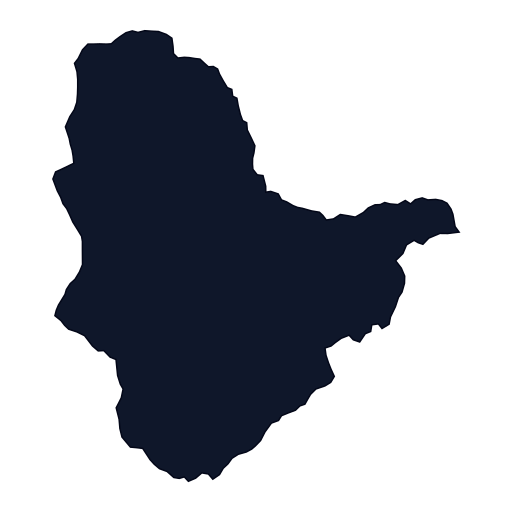 Pugmil, Tocantins, Brazil
{"feature_id": "56859067B46523842335480", "entity_name": "Pugmil", "entity_type": "district", "adm_level": 2, "iso_a3": "BRA", "parent_name": "Brazil", "parent_adm1": "Tocantins", "projection": "natural_earth1", "projection_center": [-48.87, -10.421], "detail": "fine", "context": "isolated", "style": "filled", "palette": "ink", "viewbox_px": 512, "rotation_deg": 0, "n_neighbors": 0, "source": "geoboundaries", "source_scale": "gbopen_adm2", "svg_char_len": 2565}
<svg xmlns="http://www.w3.org/2000/svg" viewBox="0 0 512 512"><path d="M330.7,382.4L334.3,376.4L331.0,369.2L328.5,362.9L326.0,355.3L325.0,348.0L331.1,346.0L335.1,342.7L341.2,338.3L349.1,335.2L353.3,339.8L359.7,342.0L365.3,333.7L370.7,331.5L371.8,324.8L378.4,323.9L382.0,328.5L389.1,324.2L390.5,316.9L395.4,306.7L398.5,297.3L402.0,292.1L404.5,283.3L404.7,276.1L401.3,268.1L395.6,260.7L402.9,253.5L406.5,244.9L414.1,240.3L418.2,242.7L422.9,244.3L428.8,238.1L439.9,233.4L447.7,233.5L459.1,232.1L455.1,226.6L453.9,219.8L452.9,214.2L451.0,209.1L447.0,203.2L441.9,200.6L435.7,199.4L427.9,199.9L422.2,197.9L415.3,199.7L410.6,203.9L405.3,200.5L397.9,204.6L389.9,203.9L384.7,202.5L380.3,204.6L375.0,204.8L368.3,207.9L363.4,212.5L355.3,217.1L348.4,215.8L340.3,214.5L333.5,218.9L326.3,220.0L322.8,215.4L319.4,212.2L311.5,210.9L302.3,208.3L297.5,207.4L293.0,205.6L286.7,201.9L281.5,199.9L278.2,193.9L270.7,191.4L265.8,192.2L265.7,186.2L263.0,175.6L257.2,174.8L252.9,169.3L252.5,164.1L252.6,158.2L253.9,153.0L254.9,145.8L251.2,137.9L247.3,130.0L246.7,122.7L242.6,120.6L240.4,114.5L238.2,105.7L236.9,98.2L232.7,96.2L231.8,89.4L227.3,87.6L223.2,80.8L219.5,74.1L217.6,69.0L213.3,66.5L208.4,66.8L204.7,63.5L200.0,59.1L194.8,58.5L189.2,57.6L184.3,57.3L177.9,58.0L173.5,53.6L173.0,46.1L171.9,38.2L166.3,34.4L158.4,31.5L152.0,31.2L144.7,30.7L138.0,32.4L132.3,30.9L126.0,32.7L120.1,36.6L115.4,40.1L111.3,43.8L106.6,44.1L99.7,43.9L92.7,44.1L87.9,44.1L82.5,49.8L78.2,58.5L74.5,63.3L77.0,71.7L77.7,79.4L77.7,87.1L77.5,94.0L76.8,102.3L74.3,109.7L69.8,116.7L65.4,126.9L69.2,138.4L70.3,144.1L72.1,150.1L73.1,156.1L73.8,163.3L60.7,169.6L55.6,171.9L52.9,179.0L57.3,190.8L60.7,197.3L63.0,203.7L66.7,208.6L69.7,214.9L72.8,222.0L77.8,230.0L81.6,236.3L82.4,241.5L82.4,249.6L82.5,264.6L79.5,271.9L75.0,279.3L70.3,283.5L66.4,289.5L65.0,294.4L58.5,305.0L56.3,310.2L54.9,315.7L61.0,320.6L64.7,325.4L68.7,329.2L76.9,331.9L84.6,335.7L92.5,346.0L98.2,350.9L103.8,350.6L110.2,357.2L116.0,359.5L117.6,375.5L120.3,384.1L123.1,389.0L121.3,397.8L118.8,402.8L116.2,407.8L119.1,419.3L119.9,428.6L122.0,437.1L130.4,447.1L136.9,447.7L142.7,448.4L150.1,459.7L154.3,464.3L159.5,468.7L167.1,471.5L173.8,477.5L179.3,478.4L184.3,476.9L188.4,481.3L195.6,478.2L201.8,472.9L208.4,474.0L212.8,479.2L219.5,474.6L223.2,468.3L228.0,463.8L232.0,458.3L238.2,454.3L246.3,452.0L251.7,449.1L255.3,446.0L260.6,440.5L265.0,431.9L271.4,423.1L278.5,420.5L281.5,415.7L287.8,413.1L295.5,410.2L299.9,405.9L304.9,404.2L307.8,399.0L310.5,394.4L315.9,389.0L325.0,385.9L330.7,382.4Z" fill="#0f172a" stroke="#020617" stroke-width="1.5"/></svg>